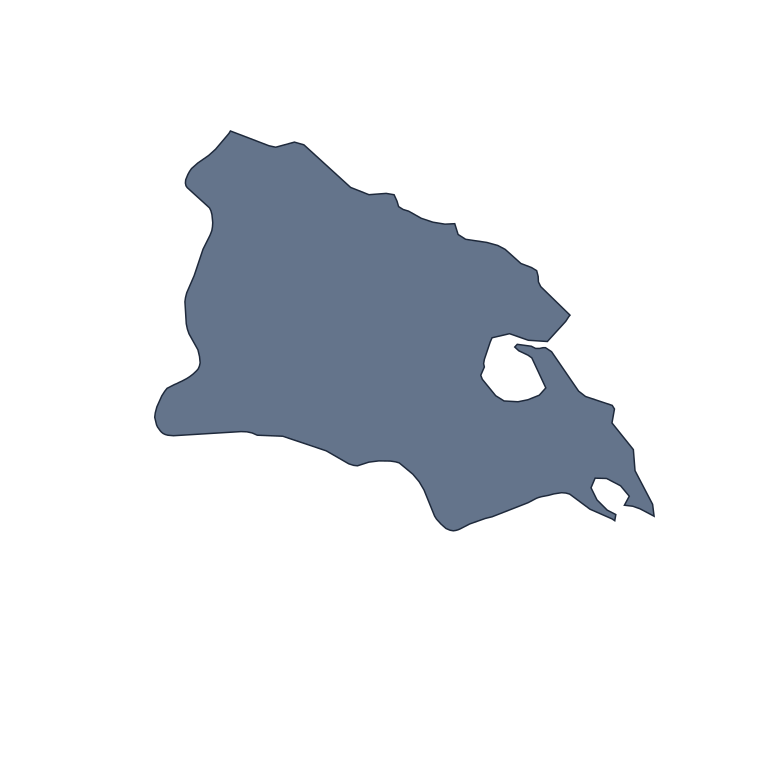 Bizerte, Albers equal-area conic projection, rotated 43°
{"feature_id": "TUN-105", "entity_name": "Bizerte", "entity_type": "Governorate", "adm_level": 1, "iso_a3": "TUN", "parent_name": "Tunisia", "parent_adm1": "", "projection": "albers", "projection_center": [9.659, 37.035], "detail": "fine", "context": "isolated", "style": "filled", "palette": "slate", "viewbox_px": 768, "rotation_deg": 43, "n_neighbors": 0, "source": "natural_earth", "source_scale": "10m", "svg_char_len": 2237}
<svg xmlns="http://www.w3.org/2000/svg" viewBox="0 0 768 768"><g transform="rotate(43 384 384)"><path d="M99.1,303.7L137.4,288.2L143.3,284.7L153.5,268.2L162.3,263.7L225.5,263.0L243.9,255.8L255.6,243.1L262.3,238.7L268.8,241.4L273.7,244.3L279.0,243.3L284.1,240.8L298.2,237.4L309.4,232.3L319.6,225.5L326.4,218.5L336.2,224.1L345.0,222.5L362.7,210.3L372.7,205.1L380.8,202.9L401.9,202.5L412.5,198.2L418.4,197.0L423.4,200.2L427.3,204.0L432.2,205.9L473.1,206.8L473.2,208.6L474.2,214.3L474.5,241.5L459.7,253.6L441.5,261.6L431.5,276.5L433.1,281.0L440.6,297.5L443.0,301.2L445.8,303.1L448.8,311.6L452.7,313.5L473.7,316.4L483.4,314.5L494.1,305.6L499.9,297.5L505.2,286.3L505.0,276.5L474.3,264.1L469.7,264.7L459.9,267.8L454.4,267.8L454.4,264.1L466.0,255.9L470.6,254.6L473.6,251.8L475.6,248.9L477.3,247.3L484.5,246.1L531.2,256.5L539.9,255.7L565.5,244.0L569.6,245.1L577.3,257.0L611.1,261.9L626.7,276.2L662.5,288.8L671.7,296.5L656.3,300.7L649.2,303.8L642.5,308.7L639.9,298.8L626.5,297.1L611.2,301.3L602.6,308.9L606.2,318.7L618.8,323.5L633.3,324.0L642.6,321.4L646.0,326.6L642.9,327.1L620.0,335.1L594.9,337.9L591.4,339.7L588.0,342.4L583.2,348.5L580.2,353.3L576.1,358.9L574.5,361.5L573.4,363.7L570.3,372.6L553.6,407.4L549.8,413.2L542.1,428.0L538.5,438.1L537.6,440.1L536.4,442.1L534.8,444.1L532.0,445.9L527.9,447.4L521.5,447.6L514.5,447.0L511.1,446.1L485.5,434.2L476.4,431.5L466.7,430.3L449.0,431.3L445.6,433.0L441.1,436.1L432.7,443.7L426.2,451.5L420.4,461.9L417.3,464.2L412.7,466.4L387.3,472.3L345.5,491.3L326.2,507.9L321.0,509.7L316.3,512.5L311.9,516.3L265.3,565.4L260.8,568.9L258.5,570.1L256.3,570.8L254.1,571.0L252.1,570.8L247.7,569.9L245.5,569.0L239.0,564.7L236.4,561.1L233.5,555.7L229.6,544.3L228.6,538.9L228.3,535.1L231.1,527.3L232.2,524.9L233.1,522.4L234.2,519.8L236.0,514.6L236.9,511.1L237.6,506.9L237.9,502.1L237.8,499.7L236.8,496.8L235.1,493.9L230.3,489.7L224.6,485.9L207.2,480.3L202.7,477.9L198.3,474.8L182.3,459.6L179.9,456.2L177.5,451.8L171.3,434.3L159.7,408.8L155.3,393.8L153.5,389.3L151.4,386.1L148.7,382.8L142.7,377.5L139.2,375.3L136.2,374.2L106.2,374.6L104.0,374.1L101.7,372.5L99.7,369.9L97.7,364.6L96.8,361.1L96.3,357.7L97.1,349.3L99.9,336.4L100.7,327.1L99.7,306.4L99.1,303.7Z" fill="#64748b" stroke="#1e293b" stroke-width="1.5"/></g></svg>